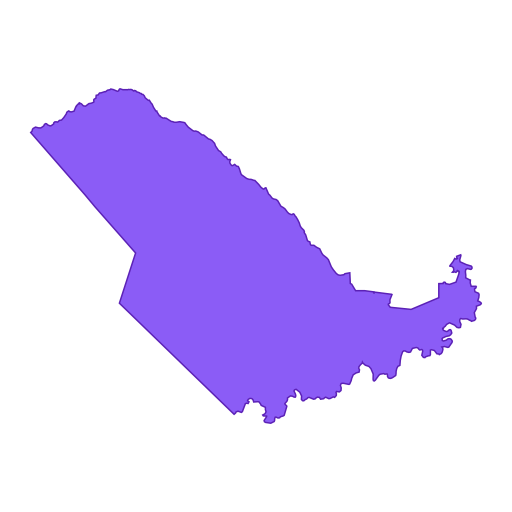 North West Guadalcanl, Guadalcanal, Solomon Islands
{"feature_id": "97153195B50711658929087", "entity_name": "North West Guadalcanl", "entity_type": "district", "adm_level": 2, "iso_a3": "SLB", "parent_name": "Solomon Islands", "parent_adm1": "Guadalcanal", "projection": "albers", "projection_center": [159.864, -9.408], "detail": "fine", "context": "isolated", "style": "filled", "palette": "violet", "viewbox_px": 512, "rotation_deg": 0, "n_neighbors": 0, "source": "geoboundaries", "source_scale": "gbopen_adm2", "svg_char_len": 6044}
<svg xmlns="http://www.w3.org/2000/svg" viewBox="0 0 512 512"><path d="M411.1,309.4L390.3,307.3L388.3,304.8L388.4,304.0L389.6,303.4L390.0,302.6L389.9,299.8L392.0,294.5L391.7,294.3L374.4,292.1L374.0,293.0L373.7,292.8L374.0,291.9L364.7,290.7L355.6,290.7L351.7,284.2L350.3,283.5L349.8,272.8L344.9,273.7L343.9,274.7L340.1,275.3L338.2,274.9L336.3,273.5L333.3,269.8L331.3,266.8L328.4,259.7L326.8,257.9L323.1,255.0L321.9,253.4L319.7,248.8L316.6,247.3L313.9,245.3L311.2,245.3L310.4,244.5L309.8,241.8L308.4,241.4L307.4,240.5L305.7,234.9L304.2,232.6L304.4,231.7L303.9,230.3L301.2,227.6L300.2,225.9L299.3,223.0L297.7,219.7L295.9,216.7L295.1,216.0L294.2,214.3L293.2,213.8L292.1,214.6L291.0,214.5L288.8,213.5L287.3,212.0L285.1,209.0L283.5,207.7L280.9,206.2L277.7,200.7L276.1,199.5L273.4,198.9L272.0,198.0L269.9,195.2L268.6,194.1L265.9,187.8L265.2,187.9L263.8,189.1L262.9,188.8L261.0,187.3L258.6,184.3L254.8,180.4L254.0,180.4L251.2,179.4L249.0,179.3L246.7,178.5L241.6,174.8L240.9,173.7L239.4,168.8L238.3,166.5L236.5,166.1L234.7,164.4L232.6,165.6L231.9,165.6L231.0,164.8L230.0,163.3L229.7,161.8L230.5,159.7L229.9,159.4L228.1,159.6L227.2,158.8L226.4,157.1L225.0,156.7L223.8,155.8L221.6,153.3L220.7,151.8L218.5,150.5L215.5,146.0L214.6,143.4L212.1,140.6L210.2,139.4L208.4,138.9L204.2,135.4L203.6,135.0L202.0,134.9L198.2,131.9L195.7,131.0L194.3,131.2L192.9,130.7L188.3,127.2L185.8,124.2L185.2,123.1L184.2,122.5L179.7,121.7L176.1,122.3L174.0,122.2L172.9,121.7L171.2,121.4L166.0,118.1L165.2,118.3L164.7,117.9L163.1,118.1L161.1,117.1L160.1,115.9L159.6,116.0L157.1,112.1L156.8,111.0L155.8,111.0L153.5,107.3L152.1,104.1L151.2,103.2L149.3,100.2L148.6,100.4L147.7,99.9L145.2,97.8L144.3,95.8L142.9,94.4L141.8,94.3L141.2,93.5L140.2,93.4L139.4,92.7L136.4,91.7L135.8,90.8L134.4,90.5L134.0,90.9L133.5,90.9L132.1,89.8L130.9,89.4L129.7,89.6L128.7,89.4L127.9,89.7L122.9,89.7L120.0,88.8L119.2,89.4L118.6,90.8L117.4,91.3L113.4,89.6L110.8,89.0L110.0,89.7L107.5,90.2L105.6,91.7L104.6,91.7L101.2,92.8L99.5,93.0L98.1,94.9L96.2,95.3L95.9,98.2L94.1,99.2L93.7,99.9L93.9,101.6L93.7,102.2L91.3,103.2L88.9,103.6L85.5,106.2L83.3,105.8L81.5,103.9L79.3,102.8L78.7,103.6L78.9,103.9L78.3,103.9L76.4,105.8L76.4,106.4L75.9,106.7L74.0,111.2L71.3,111.9L69.8,111.7L68.8,110.9L67.6,111.6L66.8,112.3L66.3,113.9L63.7,117.7L61.5,120.1L59.4,120.4L57.7,122.1L56.2,121.8L54.8,121.9L53.8,122.8L53.7,123.9L51.2,125.7L50.1,125.9L47.7,124.9L46.6,123.8L45.7,123.6L44.4,124.4L43.9,125.7L42.7,126.7L40.8,127.9L38.7,127.9L35.5,127.1L33.2,128.4L32.5,129.3L32.0,131.2L30.7,132.5L84.9,194.7L94.9,206.7L135.6,253.0L119.4,303.2L234.1,414.3L235.6,413.0L236.1,411.9L238.0,411.2L241.4,412.4L242.4,411.6L245.4,403.6L246.7,403.2L248.1,403.5L249.0,401.8L247.5,400.8L248.2,399.4L249.9,398.4L251.3,398.5L252.4,399.0L253.2,400.2L253.7,402.0L257.8,401.7L258.9,401.8L260.5,403.9L261.2,405.4L265.4,407.3L265.4,409.6L266.0,411.7L265.5,413.0L264.6,414.0L262.7,415.0L263.3,415.9L266.6,416.1L266.6,416.7L264.1,420.5L264.4,421.7L265.5,422.4L270.8,423.2L274.2,421.5L274.6,420.4L274.7,418.5L275.2,417.2L276.0,417.1L278.0,418.0L279.6,417.8L280.4,416.8L283.3,415.9L284.2,415.3L286.8,406.4L286.6,405.7L285.2,404.5L284.9,403.5L286.9,401.3L287.5,399.8L287.5,397.9L290.5,395.9L292.6,396.3L294.1,397.1L295.4,397.1L295.8,395.9L295.5,394.2L294.0,391.0L294.5,389.9L296.1,389.3L299.8,392.2L301.6,396.0L301.4,399.4L302.5,400.7L303.8,400.8L305.3,399.5L306.6,399.0L308.0,397.6L309.2,397.4L313.6,399.2L315.1,398.9L316.2,397.8L317.4,397.1L319.4,397.4L320.6,399.2L323.7,398.7L324.5,397.8L325.7,397.2L328.9,398.7L330.1,398.5L333.3,396.9L334.6,397.4L336.3,395.5L336.4,393.8L336.0,392.4L336.5,391.5L339.4,391.9L341.0,390.5L341.2,387.9L340.4,385.4L341.1,383.6L342.0,383.3L343.5,383.3L349.0,384.4L349.7,384.0L351.2,380.6L351.7,378.4L353.2,374.8L356.2,372.9L359.1,372.1L359.5,369.8L358.7,368.2L359.0,366.6L360.6,364.6L362.2,363.2L362.4,362.2L362.9,363.1L365.3,365.2L368.9,366.4L370.9,368.6L373.2,374.0L373.1,379.3L373.4,380.6L374.2,381.0L375.3,380.2L378.8,375.3L380.2,374.2L383.7,373.6L384.9,374.2L387.0,373.9L387.5,374.9L387.5,376.4L388.2,377.7L389.0,378.2L390.7,378.4L392.4,377.7L395.7,375.5L396.0,374.0L396.1,371.4L396.7,368.6L397.9,366.3L399.9,365.4L400.3,360.3L401.1,356.0L402.6,351.8L403.7,350.9L405.3,351.0L406.8,351.9L408.9,352.4L410.5,352.0L412.4,348.4L416.3,347.5L417.8,347.9L419.0,349.4L419.8,350.0L421.8,349.5L422.5,350.1L422.7,351.2L421.8,355.3L423.4,357.4L424.9,357.6L425.6,356.8L428.1,355.9L429.9,355.6L430.4,354.6L430.4,350.1L431.5,349.7L434.4,350.5L436.9,353.8L438.9,354.0L439.3,354.6L441.3,353.5L442.2,352.1L442.9,349.6L442.7,348.0L441.9,347.0L444.5,346.5L447.8,347.4L448.8,347.1L452.0,342.5L452.3,341.1L451.2,339.3L450.0,338.7L448.1,338.8L446.2,340.2L443.4,341.0L442.3,340.5L442.1,338.5L443.0,337.8L446.2,336.4L449.2,335.8L450.7,334.7L451.8,333.0L451.1,330.4L450.5,329.7L449.4,329.7L447.4,331.4L446.2,331.5L443.4,330.3L442.7,328.9L442.7,328.3L443.4,328.3L444.1,327.1L445.2,326.3L446.6,324.4L449.5,322.8L454.6,325.1L457.0,327.4L458.9,327.8L460.4,327.4L461.0,324.3L459.8,321.7L459.7,320.3L459.9,319.3L460.8,318.5L462.6,319.0L466.1,318.8L467.7,319.1L469.7,320.3L470.5,320.4L471.4,321.3L474.5,320.4L475.5,319.3L475.8,318.1L475.2,317.2L474.3,312.6L476.5,308.6L476.4,306.2L480.2,304.8L481.3,303.7L481.0,302.7L479.5,301.6L477.7,300.9L478.8,297.6L479.1,294.7L478.6,293.3L474.9,291.7L474.5,289.0L474.8,288.4L475.6,288.3L476.3,286.8L476.0,286.3L471.2,286.3L470.2,282.9L470.4,280.0L469.7,279.9L465.7,277.8L465.8,275.3L465.4,271.7L465.8,269.4L467.4,268.6L470.7,269.4L471.3,269.2L472.0,268.3L472.0,267.1L471.3,266.1L466.3,264.6L460.1,261.8L459.7,259.9L460.9,255.6L460.7,254.8L456.6,256.3L456.6,257.1L457.4,258.5L456.7,258.9L455.2,258.9L454.7,258.5L453.2,261.4L449.9,265.7L449.9,266.2L451.9,266.4L453.4,267.7L453.8,270.1L453.4,271.1L452.4,272.2L453.2,272.3L454.3,271.8L455.9,272.4L456.8,271.6L457.2,270.6L457.6,270.5L458.4,271.5L458.8,271.1L459.2,271.5L459.3,272.2L458.3,275.5L456.0,282.1L449.5,284.4L445.6,283.6L445.4,282.5L444.1,282.1L443.2,282.8L443.1,283.5L438.8,283.6L438.8,297.7L411.1,309.4Z" fill="#8b5cf6" stroke="#5b21b6" stroke-width="1.5"/></svg>